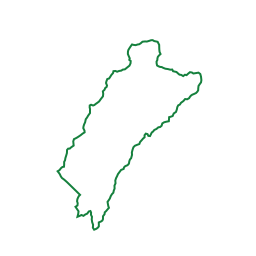 the district of Nova Trento, Santa Catarina, Brazil, rotated 148°
{"feature_id": "56859067B31749157862997", "entity_name": "Nova Trento", "entity_type": "district", "adm_level": 2, "iso_a3": "BRA", "parent_name": "Brazil", "parent_adm1": "Santa Catarina", "projection": "orthographic", "projection_center": [-49.044, -27.304], "detail": "fine", "context": "isolated", "style": "outline", "palette": "green", "viewbox_px": 256, "rotation_deg": 148, "n_neighbors": 0, "source": "geoboundaries", "source_scale": "gbopen_adm2", "svg_char_len": 3171}
<svg xmlns="http://www.w3.org/2000/svg" viewBox="0 0 256 256"><g transform="rotate(148 128 128)"><path d="M40.4,129.7L38.9,132.8L38.1,135.5L38.9,137.6L41.6,138.7L43.7,139.6L44.4,141.2L45.9,142.5L48.2,142.2L50.3,141.8L51.5,143.0L53.7,142.8L54.7,144.8L56.1,146.0L56.7,147.9L57.2,149.8L58.4,151.0L59.7,152.3L59.5,154.1L61.3,155.1L62.9,156.8L64.9,158.5L66.3,160.4L67.1,161.8L68.4,162.8L69.4,164.1L70.2,165.6L69.5,167.6L68.6,169.2L67.1,170.1L66.1,171.5L65.0,172.5L63.6,173.0L61.2,173.5L60.9,175.8L59.9,177.9L58.7,180.0L57.5,182.0L57.2,185.4L58.4,186.6L59.7,187.8L60.5,189.4L61.9,190.2L64.0,190.7L66.1,191.3L68.1,192.6L70.0,193.5L72.4,193.1L74.2,193.1L75.5,193.7L77.6,194.2L79.2,195.5L80.3,196.7L82.1,196.0L84.3,195.0L86.3,194.0L87.5,192.9L88.9,190.8L89.3,188.4L89.6,186.2L90.8,185.1L90.2,183.4L91.6,181.5L93.7,180.1L96.3,179.8L99.5,179.4L101.6,180.3L103.2,180.2L105.4,181.1L107.4,181.5L108.4,183.0L110.2,183.9L111.6,182.5L114.0,181.8L116.2,180.7L117.8,180.0L119.6,180.5L121.6,179.0L122.8,177.8L123.3,175.1L124.5,174.1L126.1,174.0L127.6,172.9L129.9,172.4L130.9,170.1L132.5,168.1L134.5,167.4L136.1,166.8L138.5,165.8L140.9,165.6L142.8,165.5L144.3,165.3L145.7,165.6L147.0,167.3L148.5,167.4L149.6,165.8L150.2,164.1L151.2,162.6L152.3,160.8L154.3,160.0L155.7,159.4L157.1,158.6L159.2,157.8L161.3,155.6L163.3,154.3L164.8,153.0L166.0,151.6L166.3,148.8L167.1,147.3L169.4,147.3L172.0,147.0L174.5,146.9L176.6,146.9L178.1,147.0L179.7,147.2L181.5,145.7L182.6,143.5L183.4,141.9L185.3,141.8L186.8,141.7L188.3,141.4L189.7,142.2L191.3,141.7L193.1,139.1L195.0,137.4L197.0,135.7L198.5,134.0L200.1,133.1L201.4,131.0L202.8,129.1L204.3,129.7L206.3,129.4L208.3,128.6L210.6,128.6L210.4,126.7L210.3,124.9L210.6,122.6L210.5,120.6L209.5,118.1L208.9,116.1L208.4,114.4L204.1,96.7L205.8,96.3L207.2,95.5L208.6,94.5L210.0,92.9L210.5,90.9L211.9,89.1L214.3,89.0L214.2,86.7L214.1,83.6L215.7,81.6L217.9,79.5L215.8,79.1L213.6,78.9L212.3,77.1L210.1,77.3L207.9,77.0L205.5,78.0L203.9,77.5L204.1,75.9L205.4,74.0L205.6,71.8L207.2,69.7L208.3,67.1L208.9,64.4L210.6,62.1L210.6,59.7L208.2,59.3L206.3,59.5L204.9,60.0L204.0,61.4L202.8,63.4L200.3,63.0L198.8,63.1L197.5,64.0L196.0,66.4L193.6,67.3L192.4,68.8L190.7,69.1L188.9,69.7L186.5,70.4L186.1,72.2L185.4,74.0L184.5,76.2L182.8,76.9L180.8,77.8L178.7,79.4L176.7,80.4L174.7,80.9L173.2,82.5L171.5,83.7L170.0,86.3L167.9,87.7L166.6,90.2L164.7,91.8L162.7,93.0L161.0,94.2L158.7,95.1L156.1,96.1L153.4,95.6L152.3,96.7L150.6,97.1L148.1,96.7L146.1,97.3L144.5,99.1L143.0,100.3L141.4,100.7L140.0,102.0L138.8,103.1L137.7,105.2L135.6,107.2L133.6,108.8L131.6,109.3L129.2,108.9L126.9,108.4L125.2,109.7L122.5,110.5L120.7,111.1L118.9,111.3L117.8,113.1L115.9,113.8L114.7,112.5L114.9,110.5L113.6,109.5L111.5,110.8L110.2,111.6L108.7,111.7L106.7,112.4L104.4,112.1L101.9,112.5L100.3,111.8L98.3,112.1L96.5,113.7L94.3,113.7L92.1,113.0L89.8,112.1L88.5,113.8L87.4,115.4L85.7,114.9L83.8,114.5L81.5,116.1L78.8,116.2L76.7,117.9L75.1,119.6L73.4,120.6L71.6,120.4L69.7,121.3L66.8,121.5L64.2,122.3L62.6,121.0L60.4,120.9L59.0,121.6L57.5,122.1L55.9,122.2L54.2,121.9L51.8,121.6L49.8,122.1L48.4,122.9L47.5,124.3L45.9,126.3L43.9,127.2L41.9,128.0L40.4,129.7Z" fill="none" stroke="#15803d" stroke-width="2"/></g></svg>